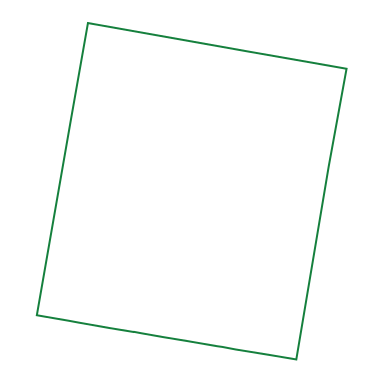 Seward, Kansas, United States of America, rotated 10°
{"feature_id": "52423323B8139899408087", "entity_name": "Seward", "entity_type": "district", "adm_level": 2, "iso_a3": "USA", "parent_name": "United States of America", "parent_adm1": "Kansas", "projection": "albers", "projection_center": [-100.862, 37.193], "detail": "fine", "context": "isolated", "style": "outline", "palette": "green", "viewbox_px": 384, "rotation_deg": 10, "n_neighbors": 0, "source": "geoboundaries", "source_scale": "gbopen_adm2", "svg_char_len": 430}
<svg xmlns="http://www.w3.org/2000/svg" viewBox="0 0 384 384"><g transform="rotate(10 192 192)"><path d="M60.2,43.7L60.2,143.2L60.6,340.3L68.4,340.3L93.3,340.2L103.1,340.3L134.0,340.3L158.9,340.0L159.1,339.8L166.8,339.9L188.7,339.9L213.8,339.6L218.8,339.6L243.5,339.5L248.7,339.3L262.3,339.5L298.1,339.0L323.8,338.8L322.2,143.2L322.8,43.8L311.3,43.8L223.4,43.9L60.2,43.7Z" fill="none" stroke="#15803d" stroke-width="2"/></g></svg>